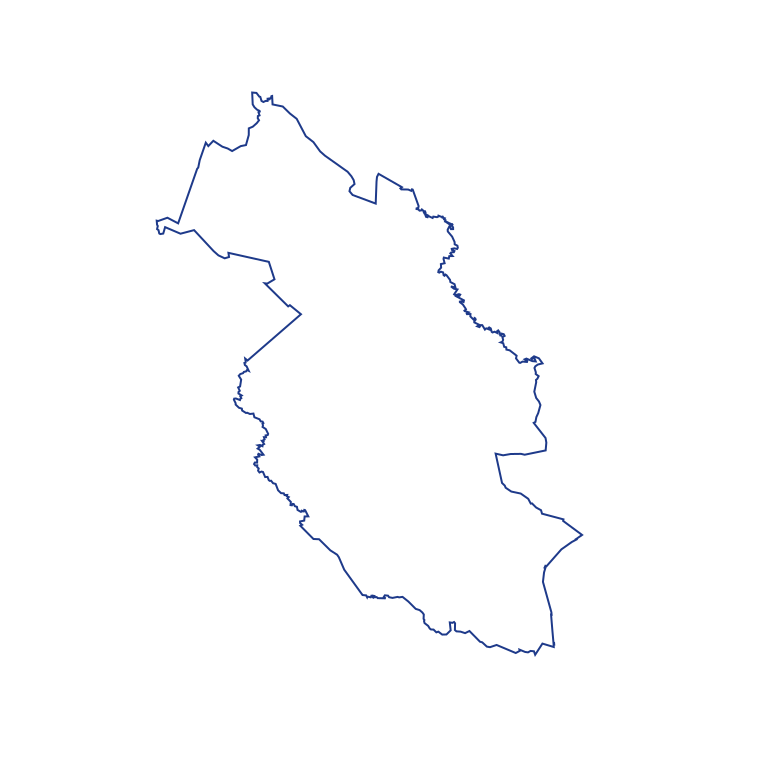 outline of Vaives pag., Cesu, Latvia, rotated 210°
{"feature_id": "27541924B73856570603331", "entity_name": "Vaives pag.", "entity_type": "district", "adm_level": 2, "iso_a3": "LVA", "parent_name": "Latvia", "parent_adm1": "Cesu", "projection": "robinson", "projection_center": [25.436, 57.231], "detail": "fine", "context": "isolated", "style": "outline", "palette": "blue", "viewbox_px": 768, "rotation_deg": 210, "n_neighbors": 0, "source": "geoboundaries", "source_scale": "gbopen_adm2", "svg_char_len": 6154}
<svg xmlns="http://www.w3.org/2000/svg" viewBox="0 0 768 768"><g transform="rotate(210 384 384)"><path d="M449.7,246.0L447.6,245.1L446.3,246.9L444.8,247.3L440.4,244.0L438.4,245.3L435.7,243.1L434.4,243.0L433.4,243.8L430.5,242.6L427.9,243.3L422.6,239.0L418.6,238.0L416.1,239.2L414.6,238.1L412.4,239.5L412.1,238.2L410.0,238.4L410.4,236.6L405.7,235.3L404.4,232.4L403.1,232.9L403.1,234.5L402.2,234.9L400.1,233.6L398.0,234.1L395.9,231.7L392.1,231.7L391.5,232.3L391.8,233.1L389.8,233.5L390.1,235.1L389.2,235.3L383.4,231.5L386.5,229.6L384.8,225.8L388.0,223.0L387.1,221.6L384.5,221.1L385.6,219.4L367.6,214.5L362.6,217.1L347.3,213.1L339.2,212.7L336.5,211.4L325.6,203.3L297.1,190.5L293.8,192.0L291.9,190.8L292.0,191.6L288.9,192.6L289.0,194.0L286.5,193.6L286.4,194.3L287.5,195.2L286.1,195.7L285.2,194.8L283.8,195.8L282.4,195.4L275.4,199.2L277.7,199.2L277.6,201.4L274.7,202.7L273.0,201.9L269.7,203.0L265.8,206.4L264.2,206.8L261.5,208.9L254.2,207.8L244.1,205.1L240.1,206.0L236.5,205.3L234.3,204.3L232.3,200.4L231.0,199.8L230.8,198.7L229.3,197.2L224.8,196.6L222.1,195.1L220.6,194.9L218.3,196.1L214.5,195.1L213.1,196.7L208.3,196.1L204.7,198.3L203.1,204.0L207.8,210.4L205.3,211.4L204.3,212.9L202.8,212.3L199.6,206.4L197.6,206.0L193.9,207.8L189.2,208.8L186.5,212.8L172.0,208.8L169.8,209.4L163.6,208.0L160.6,209.1L156.0,214.3L135.4,216.9L133.0,220.7L133.9,221.7L127.8,222.5L125.1,223.6L123.6,226.1L120.5,227.5L117.7,225.1L117.0,238.4L105.5,241.1L107.0,243.4L106.4,243.6L107.3,244.9L107.9,244.7L114.5,254.1L124.0,267.8L123.5,268.0L124.9,270.0L147.4,292.1L151.2,300.9L152.2,305.1L153.1,305.1L153.3,307.2L152.2,307.2L147.7,329.5L142.4,341.0L139.6,345.5L140.2,345.6L137.0,352.3L160.4,355.0L160.9,356.5L182.3,350.7L184.9,353.2L190.5,353.1L196.1,354.6L197.1,353.8L201.7,356.7L210.8,357.5L220.0,354.5L226.8,355.0L228.6,356.4L232.3,357.3L252.5,379.5L245.2,381.8L239.3,386.7L230.4,392.0L226.8,393.1L210.8,407.3L214.1,414.4L217.1,418.0L234.9,425.2L233.9,426.9L235.5,431.5L235.9,435.9L238.0,444.0L241.0,446.3L245.2,448.0L250.0,452.5L253.1,461.7L254.4,463.5L253.8,465.2L254.0,468.1L257.6,468.5L258.4,470.1L261.7,473.1L261.8,475.0L260.5,477.8L257.0,481.1L262.7,483.7L267.9,483.0L269.2,479.9L268.2,479.7L267.5,481.0L266.3,481.3L263.9,479.4L267.0,478.0L273.4,477.2L274.5,475.7L271.4,475.4L271.2,474.6L275.2,472.7L276.6,470.4L277.5,470.1L282.5,472.2L283.3,474.8L292.0,476.0L295.2,475.0L296.5,476.9L298.5,476.3L301.1,478.9L303.7,478.4L302.6,479.8L302.9,481.8L304.9,483.8L303.6,486.0L305.2,487.0L307.1,486.5L306.5,484.6L307.6,484.2L309.6,486.5L311.9,487.5L312.4,486.3L311.2,484.8L314.3,484.6L315.8,482.9L316.8,483.0L319.3,485.5L321.2,485.6L321.5,485.0L320.3,483.8L323.3,483.3L323.8,481.6L328.3,484.1L329.5,483.5L329.8,481.0L332.1,480.6L331.0,482.9L336.6,482.5L337.1,483.3L336.8,485.6L337.7,486.4L338.5,486.4L338.0,484.8L338.5,484.5L343.0,485.7L344.1,487.8L347.1,486.0L347.6,486.4L346.6,488.4L350.5,487.5L351.0,487.7L350.3,489.6L351.0,490.1L355.5,492.3L359.2,492.8L359.5,493.3L358.3,494.3L356.1,494.8L356.6,496.4L364.7,496.1L362.7,498.2L362.7,499.5L364.0,499.3L366.7,496.6L368.1,496.7L367.7,502.6L371.0,501.5L374.8,502.0L370.4,503.3L372.8,505.7L377.5,505.5L378.9,507.2L384.3,509.5L385.6,509.5L385.7,508.0L386.7,508.0L388.6,510.2L390.9,509.7L391.8,508.1L392.9,508.0L393.5,509.8L392.7,513.3L394.7,516.3L391.9,518.9L395.0,522.1L395.4,523.4L390.6,525.0L391.4,527.4L388.6,529.1L391.9,530.3L391.5,531.6L389.4,533.1L389.5,534.4L392.2,534.1L392.9,534.9L391.0,536.6L388.2,537.5L388.2,538.9L389.6,540.5L392.6,540.3L393.9,542.3L398.7,545.7L405.0,548.0L406.0,549.4L406.2,553.0L405.3,553.2L403.4,551.6L401.6,552.7L402.5,554.2L404.4,555.0L404.4,556.3L404.9,556.5L406.1,555.1L406.4,556.1L408.0,555.9L407.6,555.1L409.4,555.2L408.9,555.7L409.7,555.9L412.4,555.3L412.6,556.6L414.2,556.6L414.2,557.9L417.3,557.1L416.3,558.0L416.9,558.3L417.6,557.5L421.0,557.0L420.7,556.1L421.5,555.0L425.0,553.6L424.9,552.1L429.9,551.6L429.7,550.2L431.2,549.8L432.4,550.8L431.4,551.9L434.1,551.8L435.3,552.6L434.0,553.4L434.8,554.1L435.8,553.6L438.5,554.1L438.6,552.9L439.9,551.9L441.6,552.4L443.3,551.8L443.6,552.4L442.4,553.7L443.0,555.4L456.3,566.7L457.1,566.6L457.0,564.9L460.3,564.5L466.3,561.2L467.6,561.6L466.9,563.4L493.8,563.3L493.6,559.8L491.7,555.6L481.4,536.1L505.7,532.0L510.3,533.7L511.3,537.0L509.5,542.4L512.2,545.4L516.1,547.6L521.6,549.6L549.2,552.2L555.6,553.5L566.1,558.2L575.6,559.5L592.2,570.0L600.7,571.2L610.4,573.7L620.3,570.4L624.9,577.5L625.4,577.0L624.9,574.9L627.0,573.2L625.9,572.9L626.9,571.8L626.4,570.9L628.1,569.9L629.5,567.9L631.6,567.9L634.7,570.8L635.6,570.5L640.0,572.3L643.9,570.5L637.5,560.5L634.6,558.9L631.1,558.1L628.3,558.3L627.8,557.8L628.6,556.6L626.1,554.4L627.2,553.0L626.2,551.0L624.1,549.9L624.6,546.3L626.3,541.2L628.9,537.8L625.6,532.0L623.0,521.9L627.0,518.4L632.0,509.8L637.1,509.8L642.6,508.7L653.4,509.3L655.1,502.2L659.0,503.9L655.5,485.7L653.1,478.6L653.4,476.9L642.6,420.2L654.7,419.7L661.1,412.2L662.5,411.8L660.2,408.5L658.9,407.7L658.0,404.7L656.2,404.5L653.9,402.0L652.7,402.0L650.4,403.9L652.0,410.4L635.4,412.4L625.4,422.3L598.0,413.9L591.7,412.6L584.8,413.2L581.7,416.5L584.3,419.8L544.8,432.2L531.2,419.9L535.3,412.6L537.6,411.6L505.8,403.3L504.9,405.2L490.8,402.9L513.9,336.1L516.9,336.6L514.9,334.1L514.6,333.3L515.4,332.4L514.0,330.9L511.8,330.6L507.8,327.8L509.6,327.7L509.7,326.0L511.4,324.4L511.5,322.9L513.4,320.8L513.9,318.5L509.9,316.4L507.4,309.9L508.6,308.1L505.5,306.0L506.0,304.3L505.3,303.0L501.5,302.9L502.3,301.5L500.5,300.4L501.0,299.4L500.7,298.1L505.0,297.4L506.4,296.4L506.2,295.4L502.9,293.2L502.2,292.0L497.7,290.9L494.8,291.6L493.6,290.1L489.0,289.9L488.1,290.7L485.1,291.0L482.3,293.1L479.6,290.4L474.2,291.2L472.1,290.0L470.3,290.7L468.9,289.8L469.4,288.9L468.2,287.8L467.7,286.1L463.9,285.9L459.4,282.9L459.2,281.6L460.8,280.3L459.6,278.9L461.4,277.9L459.7,276.3L460.4,275.1L459.8,274.4L461.2,273.7L457.8,272.1L458.7,270.6L458.2,269.4L460.9,269.2L462.6,267.8L460.1,267.7L461.1,264.9L458.8,264.9L453.0,262.5L454.5,261.3L457.8,260.8L457.7,259.9L455.8,258.9L459.0,256.0L456.0,255.1L454.6,252.5L456.6,251.4L456.5,249.7L454.7,249.0L453.1,250.2L452.2,248.6L450.3,248.2L449.7,246.0Z" fill="none" stroke="#1e3a8a" stroke-width="2"/></g></svg>